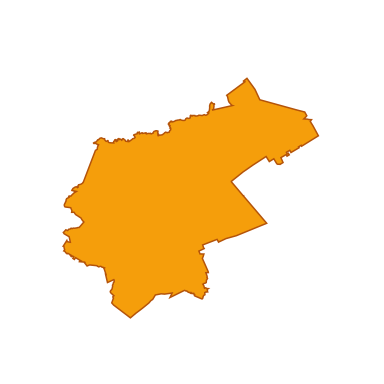 outline of Ocampo, Guanajuato, Mexico, rotated 57°
{"feature_id": "50627088B33469083637440", "entity_name": "Ocampo", "entity_type": "district", "adm_level": 2, "iso_a3": "MEX", "parent_name": "Mexico", "parent_adm1": "Guanajuato", "projection": "robinson", "projection_center": [-101.493, 21.604], "detail": "fine", "context": "isolated", "style": "filled", "palette": "amber", "viewbox_px": 384, "rotation_deg": 57, "n_neighbors": 0, "source": "geoboundaries", "source_scale": "gbopen_adm2", "svg_char_len": 6108}
<svg xmlns="http://www.w3.org/2000/svg" viewBox="0 0 384 384"><g transform="rotate(57 192 192)"><path d="M213.7,55.4L202.4,54.5L197.2,54.4L196.4,52.4L194.9,54.5L193.8,55.5L191.6,58.4L191.2,56.3L190.6,54.2L186.3,53.9L180.1,59.6L151.6,84.9L140.2,83.3L126.6,84.0L127.0,88.4L127.8,88.3L128.4,87.8L129.8,110.2L130.6,110.1L131.0,110.3L131.5,110.3L135.2,111.7L136.9,112.0L139.8,111.6L141.1,111.3L141.5,111.0L134.5,130.0L134.2,129.9L134.4,129.1L134.3,128.7L132.9,127.7L132.5,127.2L130.9,126.2L130.6,125.3L130.1,125.3L129.8,125.9L129.2,126.3L127.4,126.8L127.5,127.3L128.0,128.3L128.0,128.8L129.5,130.5L130.0,130.6L132.1,132.2L133.1,133.1L133.6,133.9L133.9,135.7L134.9,135.0L135.3,136.3L135.3,137.0L135.4,137.5L135.2,138.6L133.8,139.6L133.4,141.9L132.0,143.5L131.3,144.5L131.3,145.6L130.7,146.9L130.1,147.9L129.4,147.9L128.9,148.8L128.2,149.6L128.4,150.6L128.2,150.8L127.5,150.9L127.0,151.1L127.0,151.6L127.1,151.9L128.8,153.1L128.7,154.3L128.1,155.2L127.3,155.8L127.2,156.1L127.2,157.3L128.0,158.7L127.8,159.5L127.0,160.7L126.0,161.7L125.5,162.1L124.8,162.4L124.7,162.7L124.7,163.4L124.0,164.5L123.7,165.8L123.3,166.2L123.1,167.3L123.2,168.1L122.6,170.1L122.4,170.5L122.0,170.9L121.5,170.5L121.4,170.6L121.0,171.6L121.1,172.0L121.5,172.2L121.7,173.1L121.2,174.1L121.5,173.7L121.7,174.0L121.9,174.0L121.9,173.6L122.6,174.3L122.4,174.8L123.2,174.7L123.6,174.9L124.3,174.3L124.5,174.5L124.7,175.1L126.3,175.0L126.5,175.3L126.5,175.6L127.2,175.3L128.3,176.1L128.4,176.4L128.4,176.9L128.5,177.3L129.5,178.7L128.9,179.6L128.9,180.2L128.8,180.5L127.5,181.4L127.4,182.5L127.7,183.6L127.8,185.9L126.6,188.5L126.4,189.7L125.5,189.6L125.2,189.3L125.4,188.8L125.3,188.6L124.3,188.8L123.9,188.4L123.4,188.4L122.8,187.6L122.3,187.4L121.4,188.3L121.0,188.8L120.5,190.9L121.0,192.2L121.4,192.4L121.1,194.3L120.9,194.7L120.0,195.0L119.9,195.6L119.0,196.8L118.4,198.6L117.9,198.8L117.9,198.4L117.7,198.3L117.3,198.3L116.1,201.4L115.9,201.6L115.4,201.4L115.1,201.7L114.7,204.4L114.5,204.5L113.5,203.7L113.0,203.6L112.9,204.4L112.3,205.1L112.4,205.5L112.9,205.7L113.3,206.2L112.6,208.5L112.4,209.8L112.6,210.0L113.4,209.7L114.1,209.9L114.3,209.8L115.3,210.0L115.5,211.2L115.0,212.8L115.2,213.2L115.4,216.9L115.2,217.2L114.8,217.3L114.2,217.1L113.6,217.2L113.5,217.4L113.9,217.8L115.0,218.0L113.3,220.0L112.1,219.8L111.3,220.3L110.1,220.4L109.7,220.8L109.6,221.4L110.3,222.7L108.7,223.2L108.6,224.1L108.2,224.5L107.5,224.1L107.3,224.3L107.2,225.3L107.3,226.0L107.6,226.3L108.0,226.5L108.5,226.4L108.6,227.8L108.4,228.0L106.9,227.4L106.5,227.5L106.3,227.8L106.2,228.2L106.4,228.5L107.0,228.8L106.9,229.4L106.9,230.0L107.6,230.8L108.2,230.9L106.8,233.0L105.9,234.1L104.9,235.0L104.1,234.9L103.4,234.5L103.0,234.6L102.9,235.1L103.0,235.6L102.8,236.4L101.0,236.8L99.7,236.3L99.4,237.0L97.2,238.6L96.8,239.9L96.9,240.7L97.2,241.3L97.1,241.7L97.2,242.3L96.9,242.6L96.9,242.8L97.2,243.0L97.8,245.7L97.4,246.2L97.2,247.2L97.3,247.9L97.8,247.9L99.0,246.1L99.7,245.9L100.2,245.5L100.8,245.5L101.3,244.7L101.5,244.6L102.7,246.6L103.6,247.5L104.4,248.0L104.6,248.3L104.5,250.3L124.7,278.0L124.6,278.3L125.0,279.0L125.0,280.7L124.5,282.5L124.2,283.1L124.4,283.7L125.0,284.2L124.9,284.9L125.9,284.9L126.0,285.6L124.8,286.1L124.2,287.1L124.2,290.0L124.6,290.5L124.7,291.1L125.3,291.9L128.6,288.6L128.6,290.1L128.2,290.8L128.5,291.0L128.9,293.7L129.5,295.9L128.8,296.6L128.4,297.6L128.5,297.8L129.0,297.8L129.3,297.6L129.5,297.8L129.3,300.7L129.5,301.1L130.2,302.1L130.6,302.2L131.3,303.0L131.6,303.8L132.0,304.1L132.6,305.3L133.1,306.0L133.7,306.4L134.7,306.7L135.4,306.6L139.1,302.3L142.3,302.9L143.5,304.0L144.7,302.0L147.5,301.9L153.3,299.3L155.1,299.4L157.7,299.2L158.1,298.7L158.1,298.4L160.3,305.9L159.7,306.9L159.5,307.8L158.5,310.1L157.6,311.3L157.4,312.6L156.5,313.1L156.7,314.4L156.1,315.6L156.6,317.3L155.0,318.4L155.8,321.4L155.8,321.9L157.3,322.0L162.6,319.4L167.9,321.4L167.1,322.4L166.3,323.1L165.8,323.2L165.6,323.8L164.5,323.4L167.2,329.3L167.4,328.9L169.6,329.8L171.0,330.2L171.6,331.6L172.2,331.1L173.1,330.9L174.1,330.9L174.9,330.7L175.2,330.3L175.8,330.4L176.0,329.9L176.0,329.4L180.1,327.4L179.2,328.5L180.5,328.4L180.9,326.9L181.9,326.4L182.8,328.1L184.5,327.4L183.7,325.4L188.7,322.9L188.4,323.5L189.1,324.4L192.3,320.3L192.7,320.6L193.1,320.3L193.3,320.6L196.9,320.3L197.4,317.6L202.1,311.8L202.6,311.8L204.0,311.0L204.5,309.2L205.0,308.7L205.9,308.5L206.4,308.1L206.5,307.8L207.8,306.8L208.0,306.7L208.0,306.9L208.0,307.5L208.5,307.5L214.2,309.0L213.9,309.3L221.9,312.2L222.9,305.3L223.6,305.3L225.0,306.2L225.0,307.0L226.5,308.6L226.8,309.4L227.9,310.0L229.8,311.9L230.6,314.3L231.0,314.8L232.0,315.1L236.5,314.0L236.6,315.2L237.6,315.8L238.2,315.7L241.3,319.7L244.2,319.3L264.0,312.2L263.1,305.1L262.5,296.8L261.6,288.6L260.7,285.6L260.7,283.5L258.4,278.8L260.6,273.3L262.7,270.6L265.9,263.7L268.5,267.9L270.4,251.9L271.0,251.4L271.5,251.2L271.9,250.5L272.7,250.2L272.8,250.0L273.9,249.8L274.2,249.6L275.2,248.6L275.9,248.5L276.5,248.1L276.7,247.8L276.3,247.5L276.8,247.4L277.3,247.1L277.4,246.6L277.8,246.5L278.0,246.3L278.0,245.9L278.5,246.1L278.8,245.8L279.4,245.6L279.9,246.3L280.3,246.4L280.8,246.2L287.0,242.0L287.2,241.7L287.2,241.3L286.9,240.8L285.6,239.4L285.3,238.8L285.1,238.1L285.2,237.1L283.3,236.1L283.4,234.7L283.8,234.4L284.1,233.5L284.3,233.3L282.0,232.3L281.9,231.0L281.4,231.7L280.7,232.4L279.9,232.6L279.7,232.9L279.5,233.9L276.9,233.1L275.3,233.1L275.4,232.8L275.2,231.7L275.6,230.7L275.7,229.4L273.7,227.8L273.5,227.2L272.9,226.0L271.8,226.0L271.7,225.7L270.8,225.2L267.2,224.3L268.5,222.2L267.6,221.8L253.4,219.5L252.1,217.7L250.5,215.8L248.3,219.0L245.3,218.4L246.1,212.6L244.8,212.6L242.2,211.9L245.4,196.8L248.3,197.0L248.3,196.8L248.5,196.9L249.6,188.8L252.8,178.6L258.9,146.4L223.6,151.0L223.3,150.8L223.2,151.1L208.2,153.0L205.3,153.4L204.5,153.2L203.0,138.5L202.6,126.6L202.6,110.5L208.6,110.6L208.7,105.3L214.4,105.5L215.0,105.3L215.6,104.8L216.2,103.7L216.8,103.2L216.9,99.6L211.6,98.7L211.9,92.6L213.7,92.8L213.8,90.2L212.0,90.1L211.9,91.4L210.1,91.2L210.3,87.3L212.8,87.5L213.2,78.1L212.2,78.1L212.3,75.0L213.3,75.1L213.7,55.4Z" fill="#f59e0b" stroke="#b45309" stroke-width="1.5"/></g></svg>